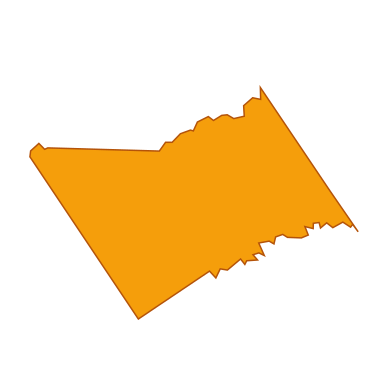 Foard, Texas, United States of America, rotated 326°
{"feature_id": "52423323B82900100133763", "entity_name": "Foard", "entity_type": "district", "adm_level": 2, "iso_a3": "USA", "parent_name": "United States of America", "parent_adm1": "Texas", "projection": "natural_earth1", "projection_center": [-99.685, 33.988], "detail": "fine", "context": "isolated", "style": "filled", "palette": "amber", "viewbox_px": 384, "rotation_deg": 326, "n_neighbors": 0, "source": "geoboundaries", "source_scale": "gbopen_adm2", "svg_char_len": 830}
<svg xmlns="http://www.w3.org/2000/svg" viewBox="0 0 384 384"><g transform="rotate(326 192 192)"><path d="M97.4,267.3L162.3,267.4L163.7,276.6L172.4,271.5L177.7,276.5L194.8,274.7L195.3,281.6L198.9,279.6L208.3,285.0L207.5,278.1L213.4,279.9L216.4,285.1L218.8,271.6L228.5,275.9L230.9,280.9L236.2,276.0L243.5,277.9L245.8,283.0L257.0,291.2L264.3,292.7L266.3,283.8L272.0,290.1L275.1,285.8L280.3,288.4L278.4,293.7L286.4,292.9L288.8,300.3L300.2,301.3L303.8,309.8L307.1,308.7L307.5,317.9L307.0,268.2L307.1,143.6L300.7,153.6L295.0,147.8L283.1,149.3L277.7,158.4L267.7,154.5L264.4,147.7L259.5,145.1L249.8,144.7L247.7,138.6L235.6,137.0L227.3,142.1L225.3,139.8L215.0,137.2L203.3,139.7L197.9,136.0L187.8,139.8L97.1,74.8L93.7,74.2L92.2,66.1L81.2,67.7L77.3,72.2L76.5,267.3L97.4,267.3Z" fill="#f59e0b" stroke="#b45309" stroke-width="1.5"/></g></svg>